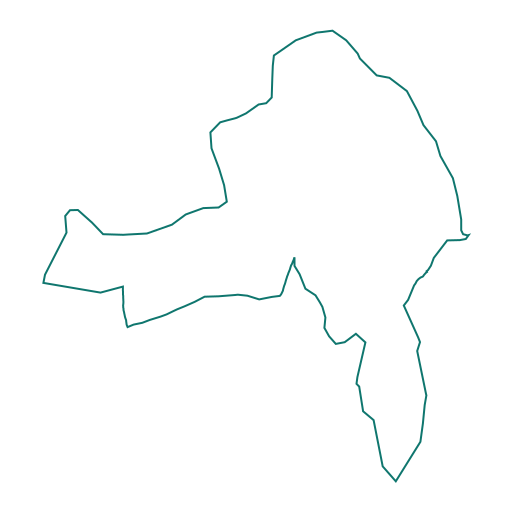 the district of Ejigbo, Osun, Nigeria
{"feature_id": "59680162B4821538642969", "entity_name": "Ejigbo", "entity_type": "district", "adm_level": 2, "iso_a3": "NGA", "parent_name": "Nigeria", "parent_adm1": "Osun", "projection": "natural_earth1", "projection_center": [4.23, 7.836], "detail": "fine", "context": "isolated", "style": "outline", "palette": "teal", "viewbox_px": 512, "rotation_deg": 0, "n_neighbors": 0, "source": "geoboundaries", "source_scale": "gbopen_adm2", "svg_char_len": 2276}
<svg xmlns="http://www.w3.org/2000/svg" viewBox="0 0 512 512"><path d="M468.6,235.1L467.6,235.4L463.1,234.2L461.2,230.3L461.2,219.5L457.3,196.0L452.9,178.2L440.4,156.0L436.0,141.3L423.5,125.2L417.4,110.8L406.9,91.1L389.4,77.8L376.7,75.4L374.3,73.0L359.9,58.5L357.7,53.6L346.2,40.3L332.5,30.7L323.0,31.9L316.6,32.6L295.8,40.3L273.9,55.5L272.8,65.7L272.3,78.4L271.7,97.5L266.2,103.2L258.6,104.5L246.0,113.4L236.7,117.8L235.1,118.3L227.0,120.4L220.2,122.3L210.4,132.4L211.5,148.3L213.8,154.5L219.1,168.7L224.1,185.2L226.8,201.7L218.6,207.5L203.3,208.1L188.4,213.5L185.7,214.5L172.7,224.1L172.1,224.6L147.8,233.2L146.9,233.5L128.1,234.5L123.3,234.8L103.1,234.2L92.1,222.7L77.9,210.0L70.0,210.2L65.2,216.0L66.5,232.6L65.5,234.6L45.0,274.7L43.4,282.9L100.5,292.6L122.9,286.6L122.9,287.4L122.9,288.4L122.9,289.2L122.9,290.0L122.9,290.7L123.0,291.5L123.0,292.7L123.0,293.9L123.0,294.8L123.2,295.8L123.2,296.9L123.2,298.0L123.3,299.2L123.3,300.1L123.4,301.4L123.4,302.4L123.3,304.0L123.1,305.4L123.2,306.1L123.2,307.3L123.5,308.8L123.5,310.0L124.1,312.4L124.3,313.6L124.6,314.9L124.8,316.0L125.1,317.3L125.6,318.8L126.1,320.1L126.2,321.4L126.4,322.9L126.6,324.5L126.9,325.4L127.6,327.1L133.6,324.6L142.3,322.8L149.9,319.9L160.6,316.6L166.6,314.4L173.8,310.9L177.2,309.3L184.6,306.3L194.6,301.9L204.6,296.7L218.5,296.3L235.1,295.0L237.8,294.7L247.4,295.7L259.2,299.4L271.9,296.9L279.8,295.9L281.0,294.5L281.7,293.2L282.9,290.7L283.2,289.2L284.1,286.0L285.0,283.7L285.4,282.3L285.9,280.4L286.8,277.6L287.1,276.5L287.9,274.6L288.4,273.0L289.1,271.4L289.9,269.4L290.4,267.6L291.1,265.4L292.1,263.7L292.8,261.7L293.6,260.0L294.0,258.7L294.5,257.3L294.5,265.9L299.6,274.2L305.4,288.7L315.5,295.3L319.9,302.4L322.4,306.9L325.4,317.5L324.4,327.9L329.1,336.3L335.8,343.9L344.7,342.2L355.9,333.8L365.4,342.4L357.4,377.1L356.5,383.8L359.2,386.6L363.1,411.3L373.6,420.1L382.7,466.4L395.8,481.3L420.4,441.8L422.9,423.5L424.7,405.0L426.4,395.2L426.2,394.8L417.2,351.0L420.0,342.1L418.2,337.5L403.8,305.5L408.1,299.9L414.1,285.4L415.5,283.5L416.7,281.1L418.5,279.1L420.6,277.5L422.1,276.9L423.0,276.4L424.1,274.8L424.9,273.9L426.1,272.6L427.0,272.0L426.6,271.2L428.0,270.1L430.9,265.7L433.8,257.9L447.2,240.4L459.8,240.1L465.8,239.0L468.6,235.1Z" fill="none" stroke="#0f766e" stroke-width="2"/></svg>